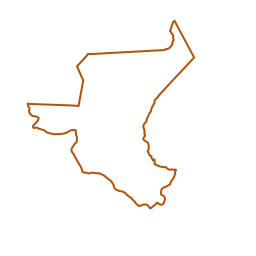 outline of Duyure, Choluteca, Honduras, rotated 248°
{"feature_id": "27666195B17818037881186", "entity_name": "Duyure", "entity_type": "district", "adm_level": 2, "iso_a3": "HND", "parent_name": "Honduras", "parent_adm1": "Choluteca", "projection": "albers", "projection_center": [-86.827, 13.631], "detail": "fine", "context": "isolated", "style": "outline", "palette": "amber", "viewbox_px": 256, "rotation_deg": 248, "n_neighbors": 0, "source": "geoboundaries", "source_scale": "gbopen_adm2", "svg_char_len": 5617}
<svg xmlns="http://www.w3.org/2000/svg" viewBox="0 0 256 256"><g transform="rotate(248 128 128)"><path d="M209.9,211.3L209.4,209.5L202.1,203.3L200.4,204.1L200.2,204.1L199.4,204.0L199.1,203.9L198.9,203.9L198.3,204.2L197.8,204.5L197.5,204.6L196.9,204.6L196.3,204.4L196.0,204.2L195.7,204.0L195.5,203.8L195.0,203.7L194.6,203.5L194.2,203.5L193.6,203.5L193.1,203.5L192.7,203.5L192.2,203.1L191.8,202.3L191.4,201.7L191.0,201.3L190.9,201.2L190.7,201.1L190.1,201.0L189.8,200.9L189.5,200.8L189.1,200.5L188.6,199.9L187.8,198.3L187.3,197.7L187.0,197.2L186.9,197.0L186.7,196.4L186.6,195.7L186.5,193.9L186.6,193.6L186.8,193.4L187.0,193.0L187.0,192.7L186.9,192.4L186.7,191.9L186.6,191.6L186.6,191.2L186.7,190.8L210.6,120.9L211.7,118.7L210.5,116.9L204.3,103.8L188.8,104.3L167.0,90.4L170.1,84.0L187.7,44.6L188.0,44.4L187.6,44.1L186.9,43.8L186.5,43.7L184.4,43.8L183.4,43.9L182.8,43.9L182.3,43.7L181.9,43.4L181.0,42.8L180.4,42.6L179.7,42.4L179.2,42.4L178.7,42.4L178.2,42.5L177.1,42.9L176.1,43.2L175.6,43.5L175.3,43.7L174.7,44.3L174.3,44.8L174.2,45.1L174.2,45.4L174.1,45.7L173.8,46.2L173.5,46.6L173.0,47.2L171.7,48.5L171.1,48.8L170.9,48.9L170.6,48.9L170.1,48.5L169.0,47.5L168.7,47.2L168.4,46.7L168.1,46.1L166.9,43.6L166.4,42.7L165.7,41.2L165.5,40.8L165.4,40.7L165.2,40.6L164.2,40.3L163.7,40.4L163.5,40.5L163.3,40.7L163.1,41.1L163.0,41.8L163.0,42.4L162.9,42.7L162.5,43.4L162.1,44.1L161.8,44.3L161.2,44.8L160.4,45.5L159.2,47.1L158.4,48.0L158.1,48.4L157.9,48.8L157.6,49.1L157.3,49.4L156.9,49.6L154.6,50.9L154.2,51.3L153.7,51.7L153.3,52.2L152.0,54.2L151.1,55.4L150.3,56.6L149.6,57.9L148.3,61.6L148.1,62.2L147.1,65.4L146.9,65.9L146.9,66.4L146.9,66.8L146.6,69.5L146.8,70.6L146.9,71.0L147.1,71.7L147.2,72.3L147.2,72.9L147.2,73.6L147.1,75.2L147.0,75.7L146.4,77.5L146.3,77.8L146.1,78.1L145.9,78.2L145.7,78.4L145.4,78.5L145.0,78.6L144.8,78.6L142.4,77.6L141.6,77.3L140.7,77.3L139.7,77.3L139.3,77.3L138.9,77.2L137.7,76.8L136.3,76.1L135.2,75.7L134.8,75.5L134.5,75.2L134.2,74.8L133.8,74.0L133.4,73.1L133.3,72.7L132.4,71.6L131.5,70.0L130.9,69.1L130.4,68.6L129.6,67.8L129.0,67.5L128.7,67.3L128.4,67.2L127.7,67.1L127.2,67.1L126.9,67.1L126.5,67.2L125.4,67.5L123.8,67.8L123.0,67.9L121.5,68.0L119.2,68.3L115.2,68.8L113.5,69.1L111.6,69.4L110.1,69.6L109.4,69.7L108.0,69.7L106.7,69.6L105.1,69.4L104.8,69.4L104.6,69.4L104.3,69.6L103.9,69.9L103.3,70.5L102.8,71.3L102.4,72.0L101.2,73.6L100.6,74.5L100.5,74.8L100.4,75.2L100.4,76.1L100.3,76.8L100.3,77.2L100.1,77.7L100.0,78.0L99.6,78.8L98.0,81.6L97.4,83.3L97.2,83.6L96.8,84.0L96.2,84.9L95.6,85.4L95.1,86.1L94.6,86.6L93.8,87.1L92.7,88.1L92.0,88.5L91.1,88.9L90.0,89.5L86.5,91.7L85.5,92.2L83.1,92.9L82.2,93.1L80.8,93.3L79.7,93.2L78.7,93.0L77.8,92.9L77.1,93.0L76.0,93.4L74.9,94.1L73.0,96.2L72.4,97.1L71.8,98.2L71.2,99.0L70.5,99.8L69.8,100.4L68.9,101.0L68.1,101.3L65.0,102.7L61.6,104.9L60.0,105.4L58.3,106.1L56.7,106.7L55.4,107.0L53.2,108.0L51.8,108.8L51.4,109.0L51.3,109.9L51.3,110.5L51.3,111.4L51.5,111.8L51.5,112.1L51.5,112.4L51.5,112.7L51.3,113.2L51.0,113.9L50.8,114.9L50.5,115.7L50.1,116.4L49.9,116.6L49.3,117.0L48.7,117.5L45.9,118.1L45.4,118.3L45.2,118.5L45.0,118.8L45.1,119.2L45.4,120.0L46.3,122.7L46.3,123.0L46.4,123.6L46.7,124.0L46.9,124.8L47.2,125.5L47.4,126.0L47.7,126.6L47.8,127.0L47.7,127.3L47.4,127.6L47.1,127.7L46.5,127.9L46.1,128.1L45.1,129.1L44.8,129.5L44.5,129.8L44.4,130.1L44.3,130.6L44.3,131.0L44.3,131.5L44.3,131.8L44.4,132.1L44.5,132.4L44.7,132.7L45.0,133.0L45.3,133.3L46.1,133.9L46.4,134.2L46.9,134.8L47.2,135.1L47.8,135.5L48.1,135.6L48.4,135.7L49.0,135.8L50.1,135.9L50.7,135.9L51.0,135.8L51.4,135.7L51.7,135.5L53.4,134.0L53.6,133.9L53.8,133.9L54.6,134.0L55.4,134.2L57.9,135.6L58.2,135.8L58.6,136.3L58.9,136.7L59.1,137.2L59.2,137.8L59.4,138.7L59.4,140.1L59.5,141.6L59.7,143.5L59.8,145.0L59.9,145.5L60.1,145.9L60.2,146.1L60.4,146.2L60.9,146.5L61.1,146.7L62.7,148.4L64.4,151.2L66.1,152.9L66.9,153.7L67.6,154.2L68.7,154.9L69.9,155.5L70.3,155.7L70.8,156.1L70.9,156.3L70.9,156.6L71.0,156.7L71.2,156.8L71.3,156.7L71.6,156.3L71.9,155.7L72.1,155.0L72.2,154.8L72.7,153.8L73.2,153.1L73.3,152.8L73.5,151.4L73.8,151.0L74.9,149.6L77.2,148.5L77.5,148.3L77.8,148.1L77.9,147.9L78.0,147.6L78.1,147.3L78.2,146.7L78.4,146.1L78.9,145.3L80.2,143.4L82.9,140.7L83.7,139.8L84.1,139.5L84.5,139.4L84.9,139.3L85.0,139.4L85.2,139.6L85.4,139.7L86.0,139.9L86.4,139.9L86.8,139.9L87.0,139.9L87.7,140.3L88.2,140.7L88.5,140.8L88.7,140.7L88.7,140.4L88.7,139.7L88.6,139.2L89.0,139.0L89.3,139.2L90.3,139.1L90.8,138.7L91.2,138.6L91.6,138.5L92.9,139.0L93.2,139.0L93.3,139.0L93.5,138.9L93.8,138.5L94.2,138.0L94.4,137.9L94.6,137.9L95.4,137.7L97.5,137.7L98.2,137.6L98.6,137.5L98.8,137.5L99.0,137.7L99.9,138.4L100.2,138.6L100.6,139.1L100.9,139.4L101.2,139.6L101.7,139.8L104.3,140.7L105.4,140.9L106.3,141.0L106.7,140.9L107.1,140.8L107.6,140.5L108.9,139.5L109.6,139.0L111.0,138.2L111.5,138.1L112.0,138.1L112.3,138.2L112.6,138.4L112.9,138.6L113.2,139.1L113.7,139.7L114.2,140.6L114.3,140.8L114.5,140.9L114.7,141.0L115.9,141.0L116.1,141.0L116.9,141.2L118.4,142.0L119.2,142.3L119.6,142.4L120.0,142.3L120.3,142.3L121.2,142.4L122.2,142.6L122.8,142.6L123.1,142.6L123.4,142.7L123.8,142.8L124.1,143.0L124.4,143.2L124.8,143.6L125.3,144.1L125.8,144.6L126.0,144.9L126.2,145.3L126.5,146.1L126.8,146.7L127.0,147.3L127.2,147.5L127.9,148.0L128.9,148.5L129.3,148.9L129.7,149.3L131.2,150.9L133.8,153.7L134.0,153.9L134.2,154.4L134.4,154.7L134.8,155.2L135.1,155.6L135.5,155.9L137.9,157.7L138.3,158.1L138.6,158.4L138.8,158.8L139.2,159.3L139.8,160.1L140.4,160.8L140.9,161.4L141.4,161.8L143.4,163.0L143.8,163.3L144.1,163.5L144.7,165.2L145.0,165.9L145.6,167.6L146.1,168.1L146.6,168.4L168.6,215.7L209.9,211.3Z" fill="none" stroke="#b45309" stroke-width="2"/></g></svg>